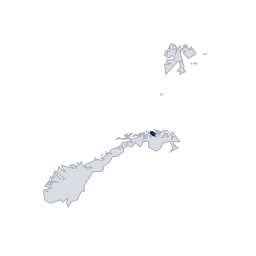 location of Loppa nor, Finnmark, Norway, rotated 23°
{"feature_id": "86288312B40106717450016", "entity_name": "Loppa nor", "entity_type": "district", "adm_level": 2, "iso_a3": "NOR", "parent_name": "Norway", "parent_adm1": "Finnmark", "projection": "orthographic", "projection_center": [21.938, 70.216], "detail": "fine", "context": "in_parent", "style": "filled", "palette": "slate", "viewbox_px": 256, "rotation_deg": 23, "n_neighbors": 0, "source": "geoboundaries", "source_scale": "gbopen_adm2", "svg_char_len": 5826}
<svg xmlns="http://www.w3.org/2000/svg" viewBox="0 0 256 256"><g transform="rotate(23 128 128)"><path d="M151.8,132.3L146.9,134.6L147.6,136.2L146.2,140.8L140.6,138.7L138.9,144.1L134.9,144.4L132.2,148.5L132.9,152.1L128.9,158.7L125.2,159.9L124.0,167.5L120.0,173.7L121.5,175.0L121.0,178.4L112.8,181.8L110.0,198.9L112.7,202.7L109.7,205.5L109.3,213.8L104.9,217.8L103.8,223.8L100.4,220.8L100.2,215.4L97.0,221.8L94.3,220.3L86.0,227.5L80.2,227.2L74.7,219.2L75.8,216.8L77.7,218.6L79.2,217.8L77.3,216.4L80.6,212.9L74.1,214.3L75.8,210.8L80.3,210.4L78.2,209.4L80.9,206.6L85.3,205.1L81.2,205.6L75.1,210.6L76.4,206.8L78.6,207.0L76.9,203.5L79.7,202.0L77.3,201.8L77.8,198.1L86.4,201.2L89.4,199.5L78.5,196.9L80.2,194.5L79.4,190.6L83.8,192.6L87.0,192.7L81.0,188.3L94.5,186.4L88.9,185.1L93.1,182.5L96.9,185.8L95.6,182.5L98.2,179.0L106.8,182.0L110.4,177.6L104.0,181.0L102.4,178.9L112.1,168.8L116.2,168.3L118.1,166.3L115.0,166.4L119.3,160.7L118.6,159.3L123.5,158.1L120.0,158.2L120.9,154.5L124.7,150.6L129.5,150.4L126.1,149.3L128.3,146.7L130.3,149.1L130.8,147.5L127.9,144.5L132.5,141.1L133.3,144.4L133.3,140.3L138.0,139.7L134.5,138.4L140.3,133.0L141.0,130.2L142.8,131.7L142.1,130.0L145.7,127.3L145.5,130.8L147.8,126.0L147.0,131.6L149.1,130.0L148.8,126.3L153.1,127.1L151.1,123.4L155.3,122.1L157.5,125.7L161.5,116.0L164.7,117.6L162.8,124.3L166.9,116.6L167.4,121.2L168.6,120.2L170.0,114.6L172.5,115.5L171.3,118.4L172.4,118.4L172.6,122.3L173.9,116.4L181.1,120.3L174.5,123.0L177.9,126.4L181.9,126.7L176.3,133.3L177.0,129.0L176.2,127.3L171.4,124.1L166.3,128.0L165.7,134.6L163.2,138.4L154.6,137.5L151.8,132.3ZM143.8,32.1L146.2,34.6L145.7,38.3L147.0,36.4L147.3,39.6L152.0,44.5L147.7,47.7L141.7,64.0L137.0,54.9L143.2,51.9L137.5,52.5L137.1,50.0L144.1,47.2L142.8,46.3L143.5,44.8L139.8,43.9L139.4,46.7L136.4,48.0L134.2,41.0L136.0,41.2L135.8,38.1L134.2,39.3L134.5,33.5L139.5,33.3L139.7,34.3L137.2,35.7L139.3,38.1L141.2,34.4L143.0,41.9L142.8,35.1L143.8,32.1ZM149.6,28.5L153.5,32.5L154.6,28.6L155.1,29.0L154.8,31.2L156.8,29.6L161.5,33.4L156.5,40.3L149.9,37.6L149.2,36.6L151.1,35.3L147.7,35.0L147.0,33.4L148.0,32.5L146.6,31.4L148.8,31.8L148.7,29.8L149.5,30.8L149.6,28.5ZM152.4,45.9L155.9,49.9L155.2,51.4L158.8,53.5L154.7,58.0L154.0,57.7L154.5,55.5L150.9,56.3L152.4,52.1L149.8,46.9L152.4,45.9ZM132.0,137.9L134.8,136.7L126.5,140.8L130.9,137.3L131.5,133.4L133.9,131.4L132.0,137.9ZM136.8,130.9L140.3,130.8L135.9,133.5L136.8,130.9ZM140.4,128.9L145.6,125.3L142.7,129.2L140.4,128.9ZM132.7,41.1L134.2,45.8L134.4,47.7L132.9,45.3L132.7,41.1ZM130.0,133.6L130.2,137.2L127.5,136.0L130.0,133.6ZM157.6,117.9L155.7,120.5L153.1,119.5L156.1,118.9L157.6,117.9ZM157.9,119.8L157.1,122.8L156.0,122.0L157.9,119.8ZM123.2,140.6L126.1,140.2L122.7,142.1L123.2,140.6ZM171.2,29.4L168.2,30.8L171.3,29.2L171.2,29.4ZM164.6,41.8L166.8,42.1L163.7,43.0L164.6,41.8ZM163.2,115.7L165.0,114.9L165.7,115.5L163.2,115.7ZM159.2,119.0L158.8,120.6L158.3,119.2L159.2,119.0ZM148.9,123.4L148.9,125.0L148.1,124.4L148.9,123.4ZM146.1,83.4L145.8,85.0L145.1,83.7L146.1,83.4ZM162.2,44.5L161.2,44.4L161.0,43.8L162.2,44.5ZM110.2,168.4L110.6,169.8L109.0,169.2L110.2,168.4ZM145.6,123.0L146.6,123.6L147.1,124.6L145.6,123.0ZM147.3,29.5L147.6,30.6L147.0,30.1L147.3,29.5ZM99.2,178.2L97.2,177.9L99.4,177.6L99.2,178.2ZM95.9,179.7L94.9,180.6L94.7,179.9L95.9,179.7ZM122.2,142.4L121.1,143.5L122.4,141.5L122.2,142.4ZM76.4,203.9L75.7,205.5L76.1,203.3L76.4,203.9ZM117.8,159.4L117.5,158.3L118.1,158.5L117.8,159.4ZM178.1,124.8L178.1,126.1L178.0,125.9L178.1,124.8ZM118.2,160.5L117.1,160.5L118.4,160.3L118.2,160.5ZM114.6,162.3L114.6,163.4L114.1,163.0L114.6,162.3ZM77.8,196.6L77.0,197.4L77.3,196.6L77.8,196.6Z" fill="#d9dde1" stroke="#a8b0b8" stroke-width="1"/><path d="M154.4,123.2L154.2,123.3L154.3,123.3L154.2,123.4L154.3,123.4L154.2,123.4L154.2,123.5L154.2,123.8L154.2,124.0L154.4,124.1L154.5,124.2L154.7,124.3L154.8,124.4L154.8,124.5L154.7,124.5L154.7,124.4L154.4,124.3L154.2,124.3L153.9,124.4L154.0,124.2L153.9,124.1L153.9,123.9L154.0,123.9L153.9,123.9L154.0,123.9L153.9,123.9L154.0,123.8L154.0,123.7L153.9,123.6L154.0,123.4L154.0,123.2L154.0,122.9L153.9,122.9L153.7,122.9L153.6,123.0L153.5,123.3L153.4,123.4L153.4,123.2L153.5,123.0L153.4,122.9L153.5,122.9L153.4,122.8L153.5,122.8L153.4,122.7L153.2,122.8L153.0,123.0L153.0,122.9L153.2,122.7L152.9,122.7L152.8,122.8L152.7,123.0L152.5,123.3L152.4,123.3L152.5,123.3L152.4,123.3L152.5,123.3L152.4,123.4L152.5,123.4L152.6,123.6L152.8,123.6L152.7,123.6L152.6,123.8L152.7,124.0L152.7,124.3L152.7,124.2L152.5,123.9L152.4,123.7L152.3,123.4L152.2,123.4L152.0,123.2L151.9,123.1L151.8,122.9L151.8,122.6L151.7,122.6L151.5,122.8L151.5,123.0L151.6,123.3L151.5,123.5L151.6,123.8L151.5,123.7L151.4,123.6L151.3,123.4L151.4,123.2L151.2,123.1L150.9,123.2L150.8,123.3L150.7,123.4L150.7,123.5L150.7,123.4L150.6,123.5L150.6,123.4L150.6,123.5L150.8,123.5L151.0,123.7L151.3,123.8L151.5,123.8L151.8,123.8L152.0,123.8L151.9,123.9L152.0,124.0L152.2,124.3L152.3,124.3L152.2,124.4L152.3,124.4L152.5,124.5L152.8,124.6L152.7,124.4L152.9,124.3L152.9,124.1L153.0,124.2L153.3,124.0L153.5,124.0L153.6,124.3L153.5,124.5L153.7,125.0L153.8,125.0L154.0,125.0L154.0,124.9L154.0,124.7L154.3,124.7L154.5,124.7L154.9,124.7L155.1,124.7L154.9,124.5L154.9,124.1L154.7,124.0L154.7,123.8L154.5,123.7L154.5,123.4L154.4,123.4L154.4,123.2ZM152.2,123.2L152.3,123.1L152.5,122.8L152.5,122.7L152.6,122.4L152.4,122.1L152.3,121.9L152.2,121.9L152.2,122.0L152.2,122.3L152.2,122.5L152.1,122.8L152.1,123.0L152.2,123.2ZM154.7,122.9L154.5,122.7L154.4,122.6L154.4,122.4L154.2,122.4L154.2,122.5L154.3,122.6L154.4,122.8L154.5,122.9L154.7,122.9ZM151.4,122.2L151.2,122.3L151.3,122.3L151.2,122.3L151.3,122.3L151.3,122.5L151.5,122.5L151.5,122.4L151.4,122.4L151.5,122.3L151.5,122.2L151.4,122.2L151.4,122.2ZM151.3,122.6L151.2,122.6L151.1,122.8L151.3,122.8L151.2,122.7L151.3,122.7L151.3,122.6Z" fill="#64748b" stroke="#1e293b" stroke-width="1.5"/></g></svg>